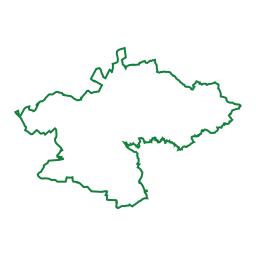 Surduc, Salaj, Romania (orthographic projection)
{"feature_id": "2599482B26671211995653", "entity_name": "Surduc", "entity_type": "district", "adm_level": 2, "iso_a3": "ROU", "parent_name": "Romania", "parent_adm1": "Salaj", "projection": "orthographic", "projection_center": [23.382, 47.244], "detail": "fine", "context": "isolated", "style": "outline", "palette": "green", "viewbox_px": 256, "rotation_deg": 0, "n_neighbors": 0, "source": "geoboundaries", "source_scale": "gbopen_adm2", "svg_char_len": 5843}
<svg xmlns="http://www.w3.org/2000/svg" viewBox="0 0 256 256"><path d="M147.2,198.3L146.8,197.6L146.7,195.2L144.7,192.1L146.9,191.2L146.7,190.5L144.9,191.0L142.5,185.4L140.4,182.6L139.6,183.0L139.3,182.8L139.3,181.9L139.0,181.2L141.7,176.6L142.4,172.7L142.3,172.1L141.4,171.3L141.2,170.1L138.9,167.9L137.7,167.4L138.3,165.5L139.3,164.3L137.3,163.9L138.5,162.1L138.7,161.4L138.6,158.7L137.6,157.9L137.7,156.8L137.1,155.5L137.6,153.8L136.2,152.0L133.5,151.7L132.9,150.8L129.4,149.0L128.0,147.8L127.8,147.1L127.5,147.5L126.2,146.0L126.3,145.4L124.3,142.7L125.4,143.1L125.8,142.5L126.3,142.5L126.8,144.1L129.2,145.4L130.4,144.9L130.5,143.9L131.3,144.6L131.9,144.6L133.2,143.3L133.7,144.1L134.6,144.4L136.2,146.0L136.8,145.6L136.6,146.6L137.3,146.7L138.2,147.7L139.1,146.8L139.4,146.1L138.8,143.2L139.7,142.4L140.2,141.4L139.0,138.4L141.4,137.9L141.7,138.4L142.9,138.5L143.3,139.1L144.2,141.8L144.7,141.7L144.7,142.8L145.9,142.4L149.8,142.2L150.1,141.6L150.3,140.6L151.4,141.7L151.5,140.5L152.0,140.0L152.0,139.6L152.4,139.5L152.6,138.3L153.7,138.6L153.7,138.1L154.6,137.5L155.6,137.9L155.8,139.7L156.8,140.1L156.4,140.3L157.5,140.5L157.4,141.4L157.9,141.5L158.0,142.3L158.8,142.3L159.0,141.8L159.7,142.1L160.8,141.1L160.8,140.2L162.5,138.1L162.9,139.4L163.4,139.0L164.1,139.1L164.4,140.6L165.1,141.8L165.2,142.9L165.7,142.7L166.1,141.2L166.8,140.4L168.1,141.4L168.7,141.4L169.2,141.0L169.2,141.6L170.3,141.9L170.5,142.5L171.0,142.3L171.5,142.7L172.0,142.3L173.5,143.8L174.2,143.6L174.2,144.2L174.7,144.8L174.7,145.6L175.6,144.9L177.1,146.4L178.0,147.1L178.5,147.0L178.8,147.4L178.2,147.9L178.5,148.8L178.8,148.9L178.4,149.8L179.4,149.4L180.3,149.8L181.0,149.1L181.9,149.3L181.7,148.4L183.4,146.7L184.3,146.3L185.6,147.0L187.2,146.6L187.2,146.1L189.0,145.4L191.4,143.4L192.8,142.7L193.4,141.8L193.7,141.8L192.7,140.7L192.3,139.4L191.6,138.6L191.8,136.8L193.2,136.3L195.8,136.4L195.6,135.7L196.9,136.4L198.3,136.1L198.3,135.0L199.4,135.0L199.8,134.2L200.8,134.1L201.3,133.2L201.7,130.7L202.2,130.1L202.5,130.1L202.8,130.9L203.4,131.1L204.6,129.6L205.4,129.6L207.5,130.4L210.7,132.9L214.1,132.9L214.9,132.6L215.4,131.9L217.4,130.6L218.0,129.2L217.3,127.6L218.4,127.8L219.7,127.2L221.4,127.7L222.3,125.7L223.4,124.9L223.5,124.2L224.1,123.3L225.2,123.4L225.2,124.2L225.8,123.7L227.7,124.0L229.0,123.4L229.3,122.3L229.8,122.0L229.7,121.4L230.6,121.5L232.2,119.9L231.6,119.5L231.4,118.9L228.9,115.5L230.0,114.0L230.3,114.2L230.8,113.8L232.3,110.4L235.1,109.4L238.5,108.5L239.0,108.6L239.4,107.7L239.3,106.9L239.8,106.0L240.3,106.2L240.6,105.9L239.7,104.7L237.2,104.3L236.2,104.5L235.5,104.0L234.5,104.0L232.7,102.7L229.9,102.7L227.4,101.6L226.4,99.9L226.3,98.3L225.9,97.9L223.3,96.9L220.8,96.5L220.7,93.2L219.3,89.5L218.2,88.5L218.6,85.6L218.4,84.5L216.2,83.4L214.9,82.3L214.1,83.0L210.6,83.9L208.7,84.0L206.9,84.9L206.3,84.5L206.1,83.9L205.3,83.7L202.9,83.8L201.9,84.6L201.0,83.8L200.0,83.8L199.9,82.9L199.4,83.2L199.4,82.6L196.6,81.3L196.1,81.7L195.7,82.9L193.0,85.3L193.5,86.3L194.3,86.8L193.4,87.4L193.6,88.2L193.0,89.3L192.2,89.6L191.1,89.0L190.9,88.0L189.1,86.9L185.6,86.7L184.8,86.1L184.5,85.0L183.9,84.5L183.0,84.5L181.9,83.0L180.2,82.2L179.3,80.5L178.1,80.0L176.2,78.4L175.5,77.1L174.3,75.9L173.3,75.9L172.6,74.9L171.6,74.4L170.2,72.5L169.3,72.0L165.2,71.9L164.0,71.5L162.1,72.1L161.0,71.9L159.5,72.6L157.1,72.0L156.9,71.6L157.4,70.5L156.7,68.0L156.8,65.5L155.1,62.6L155.2,61.6L155.0,59.9L153.7,60.3L152.4,60.2L151.5,60.9L150.0,60.8L147.4,62.9L146.0,62.8L145.0,61.6L144.8,61.0L142.4,61.7L140.5,62.9L139.6,62.8L138.7,64.2L138.8,64.5L133.7,65.0L133.4,64.6L129.0,65.2L126.3,66.7L125.7,68.3L124.7,66.4L124.8,66.1L124.0,65.7L123.9,65.3L123.4,65.1L122.6,64.0L122.4,61.6L121.8,60.2L122.3,59.5L125.8,57.4L124.6,48.0L119.6,49.5L118.0,50.4L117.0,51.4L116.7,53.3L118.0,59.5L117.6,61.5L117.2,62.2L115.1,63.2L112.7,63.8L113.0,65.1L112.8,67.0L113.0,67.5L112.0,72.0L111.8,72.1L110.6,70.4L109.6,69.8L105.4,78.2L103.1,76.9L103.2,76.2L101.5,72.7L101.0,70.4L99.8,68.4L99.4,68.1L96.3,68.9L90.9,78.8L92.5,80.3L94.6,81.4L94.8,81.0L102.0,85.1L98.7,91.5L94.2,92.1L91.2,93.1L88.5,90.8L87.0,91.0L85.9,92.7L82.5,96.4L82.0,97.4L81.0,97.7L81.2,99.6L77.5,100.3L74.4,98.9L71.7,96.6L70.4,96.1L63.9,95.1L63.6,94.4L62.8,94.6L62.2,93.2L60.0,92.5L59.2,92.7L58.0,91.9L56.1,92.0L52.4,94.5L49.3,94.3L45.5,98.0L45.1,99.1L44.5,99.7L42.3,101.3L40.5,101.3L37.6,103.6L36.5,105.0L37.2,105.9L37.5,105.7L35.5,109.8L34.4,110.8L33.5,111.1L33.5,110.7L29.2,109.6L29.0,108.3L29.3,106.4L26.1,107.3L24.5,108.6L20.7,115.4L19.5,115.6L18.3,114.1L18.1,113.6L18.7,113.2L18.1,110.8L15.4,112.1L16.0,113.2L20.6,117.7L24.0,123.9L24.8,126.1L26.0,127.1L25.9,128.6L25.1,130.2L28.0,131.8L30.8,134.2L32.5,134.1L36.5,130.2L38.3,131.2L40.4,133.5L41.3,133.7L43.8,132.8L45.1,134.6L49.3,130.9L50.7,132.4L54.9,128.4L56.1,129.6L56.5,134.7L56.2,137.1L55.8,137.9L55.2,138.2L55.0,139.0L55.2,141.2L56.2,143.3L60.7,147.5L62.3,150.2L61.5,150.7L60.6,150.6L60.6,151.2L59.0,153.5L57.2,155.5L57.4,156.8L59.3,156.6L60.9,157.1L62.5,156.9L59.0,157.5L59.0,159.4L62.8,158.6L62.9,159.1L59.0,159.9L48.6,160.7L47.8,162.7L43.9,165.4L43.8,167.2L41.6,170.6L41.2,171.7L39.0,172.8L37.7,174.8L38.4,176.2L40.6,178.1L42.4,178.6L45.2,178.3L49.0,178.7L51.9,180.2L53.3,179.8L55.5,180.1L57.4,181.7L65.7,181.7L66.7,177.4L70.4,177.7L72.5,177.3L72.6,180.2L73.4,181.7L75.6,181.8L77.4,182.2L77.3,182.6L79.4,182.9L83.7,187.0L87.5,186.8L89.7,189.5L91.3,190.9L91.4,191.3L101.6,191.9L105.3,191.2L106.5,191.2L106.5,192.0L107.0,192.1L105.6,195.1L107.2,195.4L106.8,197.0L107.0,199.6L108.1,199.9L116.2,200.2L116.5,200.5L116.8,201.7L116.3,202.0L116.3,202.5L116.9,203.2L116.6,203.7L116.3,206.5L116.4,207.0L117.6,207.5L117.6,208.0L119.1,207.7L121.5,206.2L123.0,205.9L124.8,206.2L125.8,205.7L128.2,205.7L129.0,205.4L129.5,204.6L132.1,206.4L137.9,202.4L138.5,201.5L140.3,201.0L142.4,199.2L144.5,198.3L147.2,198.3Z" fill="none" stroke="#15803d" stroke-width="2"/></svg>